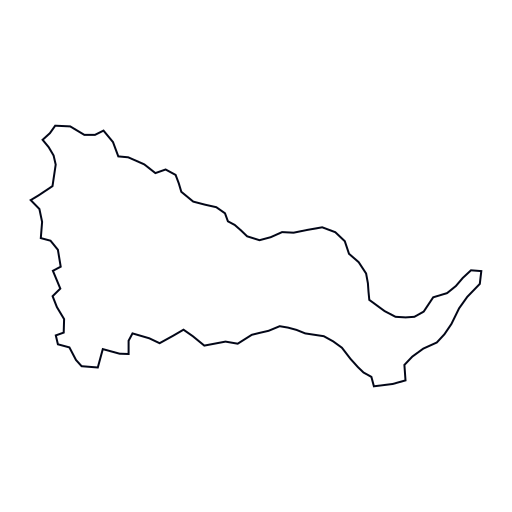 outline of Santa Amélia, Paraná, Brazil
{"feature_id": "56859067B11032628031233", "entity_name": "Santa Amélia", "entity_type": "district", "adm_level": 2, "iso_a3": "BRA", "parent_name": "Brazil", "parent_adm1": "Paraná", "projection": "orthographic", "projection_center": [-50.399, -23.254], "detail": "fine", "context": "isolated", "style": "outline", "palette": "ink", "viewbox_px": 512, "rotation_deg": 0, "n_neighbors": 0, "source": "geoboundaries", "source_scale": "gbopen_adm2", "svg_char_len": 1453}
<svg xmlns="http://www.w3.org/2000/svg" viewBox="0 0 512 512"><path d="M481.3,271.1L471.0,270.3L462.8,277.9L455.9,286.0L447.1,293.1L433.2,297.3L423.7,311.6L414.4,316.8L405.6,317.4L395.5,316.8L384.6,311.1L369.3,299.9L368.5,291.7L367.9,283.3L366.1,273.5L358.7,262.2L349.0,253.8L344.8,241.2L335.3,232.2L322.2,227.3L306.8,230.0L293.6,232.7L282.1,232.1L270.7,237.2L259.5,240.2L247.1,236.3L241.3,230.7L234.8,225.0L227.9,221.3L225.0,213.3L216.3,207.2L205.1,204.7L193.2,201.6L181.3,191.8L178.8,183.4L175.6,174.9L165.6,169.5L155.4,173.1L144.3,164.4L128.2,157.3L118.3,156.4L113.0,142.1L103.5,130.6L94.9,134.9L84.4,134.9L70.2,126.4L55.2,125.7L49.9,133.2L42.6,139.8L48.7,147.2L53.6,155.5L55.7,164.6L52.5,186.1L38.4,195.5L30.7,200.1L39.4,209.0L42.1,221.9L40.8,238.1L50.5,240.7L57.9,249.8L60.7,266.7L52.9,270.8L60.3,288.6L52.6,296.2L56.9,307.1L64.1,319.1L63.7,332.6L55.8,335.4L57.9,344.3L69.4,347.4L76.0,360.0L81.6,366.2L97.8,367.5L102.8,349.1L119.6,353.7L128.6,354.0L128.6,340.7L132.5,333.4L149.3,338.3L159.6,343.2L173.2,335.7L183.5,329.7L192.8,336.2L204.3,345.6L225.5,341.6L237.7,343.7L251.8,334.8L259.5,332.9L268.6,330.8L279.7,326.2L288.0,327.6L296.5,329.9L305.2,333.4L323.8,336.2L333.2,341.4L341.9,347.7L350.5,358.9L357.9,367.1L363.5,372.5L371.4,376.9L373.9,386.3L392.5,384.0L405.5,380.4L404.4,364.9L412.3,356.6L423.3,348.6L436.8,342.5L444.4,334.3L451.4,324.0L459.1,308.3L467.3,296.8L479.8,283.9L481.3,271.1Z" fill="none" stroke="#020617" stroke-width="2"/></svg>